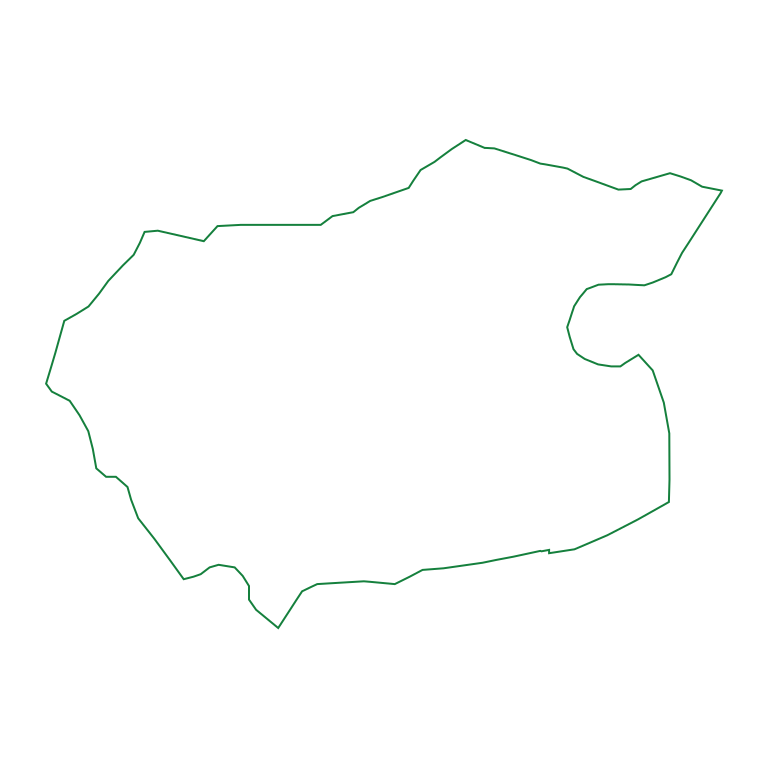 the district of Balkanabat, Balkan, Turkmenistan
{"feature_id": "10190150B87050240782827", "entity_name": "Balkanabat", "entity_type": "district", "adm_level": 2, "iso_a3": "TKM", "parent_name": "Turkmenistan", "parent_adm1": "Balkan", "projection": "robinson", "projection_center": [54.258, 39.343], "detail": "fine", "context": "isolated", "style": "outline", "palette": "green", "viewbox_px": 768, "rotation_deg": 0, "n_neighbors": 0, "source": "geoboundaries", "source_scale": "gbopen_adm2", "svg_char_len": 1878}
<svg xmlns="http://www.w3.org/2000/svg" viewBox="0 0 768 768"><path d="M144.6,231.9L139.9,242.8L133.7,254.8L122.8,265.5L108.3,280.9L99.1,293.6L88.5,306.5L76.6,313.9L64.3,320.8L55.3,353.0L51.0,367.5L46.1,383.7L51.8,391.6L69.7,400.8L79.5,415.2L88.3,431.2L92.8,448.9L96.3,468.4L106.1,476.8L115.9,476.8L127.5,487.0L131.1,499.7L138.2,518.3L154.2,538.6L170.3,560.6L183.7,579.2L193.5,576.7L200.7,574.2L209.6,567.4L218.6,564.8L234.7,567.4L242.7,575.9L249.0,586.0L249.0,599.6L256.1,609.8L278.2,628.0L282.9,620.8L290.1,609.7L296.5,599.8L302.1,591.3L311.0,587.0L317.2,584.1L331.9,583.2L363.9,581.3L369.9,581.8L394.8,584.1L409.7,576.7L421.2,570.6L422.6,569.9L443.5,568.3L482.2,562.8L482.3,562.8L496.4,559.9L513.4,556.7L540.3,550.9L541.5,551.3L549.1,549.9L549.1,553.2L574.5,549.3L607.2,535.3L638.0,519.4L668.9,502.0L669.5,479.7L669.3,433.4L663.8,402.6L652.7,370.4L638.5,354.8L625.3,362.9L620.4,366.4L614.0,366.4L611.2,366.4L598.1,364.4L584.8,359.0L577.1,353.9L573.5,349.2L569.7,336.9L567.2,327.2L568.8,322.5L569.5,320.5L572.2,312.1L573.2,309.2L574.1,306.3L578.0,300.2L580.0,297.1L583.0,293.6L586.7,289.1L589.5,288.1L598.5,284.7L600.6,284.6L608.2,284.2L613.2,284.2L629.2,284.5L638.2,285.0L644.4,285.3L652.8,282.5L665.6,277.2L671.3,274.2L676.9,262.9L680.9,255.1L682.1,252.8L688.5,243.0L704.9,217.5L720.8,192.8L721.9,190.6L702.1,186.7L691.1,180.3L680.6,176.5L670.0,173.2L641.6,181.4L635.5,185.2L630.7,189.0L618.4,189.6L610.7,186.8L594.6,180.9L583.4,176.9L567.5,168.6L563.1,167.6L544.9,164.3L540.3,163.6L531.1,160.1L511.5,153.8L511.4,153.8L494.4,148.4L485.3,147.9L484.9,148.0L465.7,140.0L451.7,149.1L440.4,157.4L434.5,161.9L420.6,170.0L413.3,180.7L408.7,187.9L382.2,197.1L370.2,200.9L358.8,207.8L353.3,212.2L348.9,213.0L332.5,216.1L320.7,224.9L307.1,224.9L283.4,224.9L261.1,224.9L240.2,224.9L217.5,226.1L203.8,241.2L157.8,230.7L144.6,231.9Z" fill="none" stroke="#15803d" stroke-width="2"/></svg>